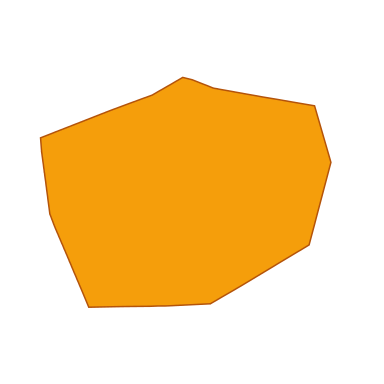 Zuunmod, Töv, Mongolia (orthographic projection), rotated 73°
{"feature_id": "93677404B29507747190159", "entity_name": "Zuunmod", "entity_type": "district", "adm_level": 2, "iso_a3": "MNG", "parent_name": "Mongolia", "parent_adm1": "Töv", "projection": "orthographic", "projection_center": [106.938, 47.703], "detail": "fine", "context": "isolated", "style": "filled", "palette": "amber", "viewbox_px": 384, "rotation_deg": 73, "n_neighbors": 0, "source": "geoboundaries", "source_scale": "gbopen_adm2", "svg_char_len": 2851}
<svg xmlns="http://www.w3.org/2000/svg" viewBox="0 0 384 384"><g transform="rotate(73 192 192)"><path d="M279.7,297.3L282.1,289.0L289.1,265.3L291.0,258.1L293.3,250.4L295.1,243.4L295.5,241.8L295.8,240.5L296.4,238.3L296.7,237.0L296.8,236.5L296.8,236.4L297.0,235.9L302.1,215.7L304.2,207.4L304.3,207.3L301.1,193.8L297.9,179.9L297.2,177.1L295.7,170.8L289.6,146.5L288.8,143.3L286.7,134.9L285.8,131.5L280.0,108.2L279.9,107.8L279.8,107.3L279.7,106.9L279.6,106.5L279.5,106.0L279.4,105.6L279.3,105.1L279.2,104.7L279.1,104.4L279.0,104.0L278.9,103.6L278.1,100.5L278.1,100.4L277.2,96.9L277.0,96.1L276.9,95.6L276.7,95.4L274.9,94.3L266.7,89.2L258.2,83.9L253.3,80.9L249.1,78.3L204.3,50.5L199.2,50.4L145.4,49.6L135.1,70.1L128.1,83.9L121.7,96.8L120.3,99.5L119.2,101.6L112.9,114.0L112.6,114.5L109.5,120.6L108.8,122.0L108.6,122.3L106.8,125.8L101.0,137.2L100.9,137.2L100.3,138.4L99.4,140.3L98.9,141.1L98.6,141.6L94.6,146.5L94.0,147.3L91.5,150.5L84.7,159.0L80.1,166.7L79.7,167.4L80.2,169.4L80.3,169.7L80.6,171.2L81.0,172.7L81.3,174.3L81.7,175.9L82.1,177.6L82.5,179.2L82.9,180.9L83.3,182.6L83.6,184.1L84.0,185.8L84.4,187.5L84.8,189.2L85.2,190.9L85.5,192.4L85.9,194.2L86.3,195.9L86.7,197.5L87.1,199.2L87.4,200.6L87.7,201.6L87.7,202.3L87.8,203.8L87.9,205.6L88.0,207.3L88.1,208.9L88.1,210.0L88.2,211.7L89.0,226.1L90.0,243.3L90.5,250.5L90.5,250.9L90.7,252.3L90.8,254.2L90.9,255.8L91.0,257.1L91.1,258.2L91.2,259.0L91.2,260.1L91.3,260.6L91.3,261.1L91.4,261.6L91.4,262.1L91.4,262.7L91.5,263.3L91.5,263.8L91.6,264.4L91.6,265.0L91.7,265.5L91.7,266.1L91.8,266.6L91.8,267.2L91.8,267.8L91.9,268.3L91.9,268.9L92.0,269.5L92.0,270.1L92.1,270.6L92.1,271.2L92.1,271.8L92.2,272.3L92.2,273.0L92.3,273.5L92.3,274.0L92.4,274.5L92.4,275.1L92.4,275.6L92.5,276.1L92.6,277.1L92.6,277.6L92.6,278.1L92.8,279.8L93.0,283.1L93.7,292.1L94.6,304.4L95.0,308.8L95.9,321.0L106.7,323.4L109.0,323.9L109.1,324.0L111.2,324.3L113.5,324.7L116.6,325.2L119.5,325.7L120.3,325.8L122.2,326.1L124.9,326.6L127.6,327.0L130.1,327.5L130.5,327.5L130.8,327.5L132.8,327.9L133.5,328.0L134.6,328.2L136.6,328.5L139.8,329.0L143.0,329.6L145.7,330.0L146.5,330.2L147.8,330.4L154.0,331.4L156.7,331.9L165.8,333.4L171.6,334.4L172.1,334.3L172.3,334.3L174.7,334.1L177.2,334.0L177.9,333.9L179.6,333.8L181.0,333.7L181.6,333.7L181.9,333.7L183.8,333.5L184.0,333.5L184.5,333.5L185.2,333.4L186.2,333.3L186.8,333.3L187.3,333.2L187.5,333.2L188.3,333.1L189.1,333.0L191.3,332.8L193.3,332.5L195.0,332.4L196.8,332.2L199.0,331.9L199.6,331.9L201.1,331.7L202.7,331.6L204.5,331.3L206.7,331.1L209.1,330.9L211.2,330.6L213.6,330.4L215.9,330.1L218.3,329.9L220.6,329.6L222.6,329.5L223.9,329.3L226.6,329.0L228.2,328.9L229.8,328.7L231.8,328.5L234.2,328.3L236.6,328.0L239.2,327.7L241.9,327.5L245.9,327.0L248.4,326.8L251.8,326.4L254.8,326.1L257.7,325.8L260.9,325.5L262.8,325.3L272.0,324.4L279.7,297.3Z" fill="#f59e0b" stroke="#b45309" stroke-width="1.5"/></g></svg>